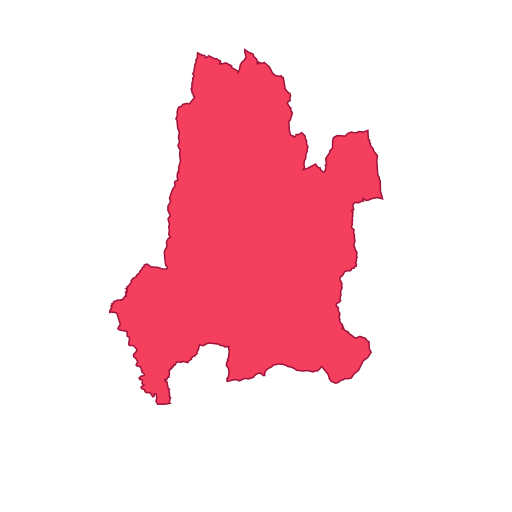 outline of Rulindo, Northern, Rwanda, rotated 28°
{"feature_id": "39286606B38837433870904", "entity_name": "Rulindo", "entity_type": "district", "adm_level": 2, "iso_a3": "RWA", "parent_name": "Rwanda", "parent_adm1": "Northern", "projection": "mercator", "projection_center": [30.0, -1.752], "detail": "fine", "context": "isolated", "style": "filled", "palette": "rose", "viewbox_px": 512, "rotation_deg": 28, "n_neighbors": 0, "source": "geoboundaries", "source_scale": "gbopen_adm2", "svg_char_len": 6135}
<svg xmlns="http://www.w3.org/2000/svg" viewBox="0 0 512 512"><g transform="rotate(28 256 256)"><path d="M245.9,382.1L245.6,380.9L247.4,377.3L246.8,376.8L248.1,373.3L248.8,373.2L249.8,369.6L248.9,368.6L249.1,365.9L247.8,361.0L251.5,360.0L254.1,356.0L256.2,354.5L264.5,351.3L266.2,351.8L268.6,350.8L271.7,350.8L274.2,348.5L274.8,348.7L274.8,350.1L277.3,352.9L278.6,356.8L279.2,357.2L279.5,360.4L280.2,361.0L279.7,361.3L280.4,362.5L280.1,363.6L281.1,366.5L284.4,368.2L286.9,371.4L288.3,375.7L287.9,378.1L289.5,380.3L295.1,375.2L298.4,374.0L299.8,374.2L303.6,369.3L307.2,368.0L310.5,364.5L311.4,360.7L313.8,357.9L315.5,357.4L318.7,358.1L319.8,357.4L318.8,355.7L318.4,353.0L319.3,350.1L322.0,346.2L322.5,344.3L326.8,340.6L330.4,339.1L333.8,338.4L335.8,338.7L339.3,337.6L343.9,337.3L345.2,337.9L351.3,335.6L355.4,332.9L361.0,331.5L361.8,329.9L363.8,329.0L365.3,326.0L365.5,323.5L366.3,322.9L375.3,326.7L378.5,330.0L381.3,331.4L386.1,330.9L388.0,329.1L388.9,326.7L391.5,323.8L391.8,322.6L394.9,321.2L397.4,318.9L398.0,313.9L400.2,308.7L399.9,298.1L402.3,293.3L402.9,287.0L399.5,284.6L396.0,278.6L393.6,278.6L391.3,277.3L385.5,278.2L382.3,281.9L373.2,280.5L373.2,279.8L368.8,279.9L367.2,278.6L366.7,279.2L366.6,278.5L365.9,279.2L365.6,277.2L364.4,275.9L362.7,275.7L360.0,273.8L360.0,272.8L357.4,270.2L357.9,269.6L356.9,267.3L353.7,265.3L353.5,263.6L352.2,262.6L350.6,262.5L349.7,261.4L349.6,259.9L351.1,258.0L351.7,255.8L349.9,253.7L349.1,249.8L348.3,249.4L347.3,247.4L346.9,243.5L345.1,241.8L345.4,241.0L344.2,239.5L340.7,237.0L340.4,235.6L341.6,232.2L341.6,228.0L344.1,225.7L345.5,225.4L346.6,223.9L346.4,222.0L348.2,220.8L348.5,218.7L349.2,218.2L348.6,216.0L346.8,215.3L347.0,213.0L346.2,212.3L345.8,209.6L344.5,208.2L343.3,205.3L340.0,203.4L338.7,201.5L337.5,201.3L336.3,196.2L334.0,193.3L333.4,191.6L331.1,189.4L330.2,186.7L327.9,186.4L326.8,185.7L326.0,182.5L324.8,180.8L324.7,179.4L323.4,177.9L323.0,176.0L321.2,172.8L321.2,171.8L319.1,171.0L320.6,169.4L317.8,166.0L317.5,164.7L318.2,162.3L321.5,160.9L323.9,157.8L325.1,157.1L323.8,156.3L323.6,154.7L326.6,155.4L328.7,154.2L331.1,151.2L335.8,147.4L340.9,146.1L335.4,140.2L330.2,131.0L328.8,130.4L328.1,129.0L325.5,127.3L318.2,115.6L316.0,110.3L311.0,108.3L309.2,106.4L305.0,104.5L304.3,102.9L302.6,102.4L302.3,100.7L300.3,100.0L295.8,92.5L292.7,96.1L288.0,98.0L287.4,99.6L284.9,101.1L282.0,101.8L279.3,105.0L278.6,108.2L271.1,111.5L268.9,115.0L269.4,117.8L272.7,124.4L272.6,126.6L271.7,128.2L272.5,130.0L271.8,137.3L275.1,141.8L274.6,143.6L276.3,144.7L277.1,149.7L276.3,150.3L272.9,149.7L271.1,148.1L270.7,148.6L268.9,148.6L265.4,146.9L260.3,154.4L257.3,157.5L257.1,154.7L255.6,153.1L254.0,149.2L254.1,146.5L252.4,143.2L252.1,139.5L250.8,137.0L250.8,135.4L248.0,133.2L246.4,130.3L244.7,129.4L243.0,127.0L238.5,125.6L236.9,128.5L234.4,130.0L234.7,131.4L234.0,133.1L232.4,132.5L229.7,133.1L226.7,129.7L221.8,121.8L222.5,120.3L221.0,112.7L218.1,110.8L217.1,108.8L216.4,109.1L211.9,106.4L212.1,104.0L213.3,102.8L211.8,100.9L211.3,98.3L209.6,96.5L207.6,96.6L203.4,94.8L196.2,85.6L195.4,86.5L195.2,86.5L193.7,85.0L191.9,86.6L187.7,87.6L184.4,86.5L179.3,82.9L172.4,81.2L171.0,83.1L167.6,83.6L168.2,84.7L166.8,85.7L165.9,83.5L164.1,81.9L160.9,81.1L158.5,79.1L153.4,79.6L149.2,79.0L150.2,81.1L153.8,84.8L153.7,89.0L152.8,90.7L152.3,94.2L154.1,100.0L154.0,102.3L153.2,101.3L145.9,101.1L145.5,99.7L143.2,99.4L141.6,100.0L140.5,99.3L138.0,100.1L136.2,102.0L134.8,102.5L134.3,103.5L133.4,102.8L133.8,101.7L132.8,100.2L131.6,100.8L128.6,100.3L126.9,101.3L120.4,101.3L118.9,104.5L116.3,103.0L113.9,104.3L113.1,103.7L111.8,104.2L109.2,103.9L109.1,104.4L111.2,108.8L110.9,111.4L111.9,112.2L112.3,115.9L114.8,123.1L114.4,124.7L117.0,126.1L116.6,128.7L117.2,129.8L118.1,130.1L118.0,132.6L120.8,138.6L120.4,139.1L121.6,139.5L121.6,140.4L123.3,142.1L124.1,141.9L125.5,144.1L126.5,143.7L127.3,144.6L125.9,152.5L125.0,153.5L123.7,153.4L120.2,156.5L119.7,159.0L118.1,160.5L117.9,162.5L118.8,166.0L120.6,168.9L120.9,172.5L122.6,173.4L127.0,180.1L130.1,182.5L131.9,187.9L134.9,191.1L135.2,195.0L137.2,196.9L139.2,197.7L140.8,202.1L144.7,207.6L146.2,214.4L147.4,216.0L147.7,217.9L148.5,218.1L147.7,219.1L148.2,220.9L149.7,223.9L151.5,225.5L149.6,227.8L149.4,229.0L151.7,232.3L151.0,235.8L151.7,240.9L152.5,245.6L155.1,248.2L154.8,253.1L156.6,256.8L161.7,260.9L160.8,263.2L161.1,264.8L164.7,268.5L165.2,271.4L167.3,273.7L168.9,278.1L171.4,279.4L170.3,281.9L170.3,284.6L170.6,286.3L172.1,287.9L173.1,290.7L172.7,293.4L173.4,296.0L179.2,304.8L180.8,306.7L183.1,307.5L183.8,308.9L180.2,311.2L174.1,312.3L168.5,314.9L164.0,314.2L162.7,314.9L161.5,316.7L162.2,318.3L161.1,319.5L161.5,322.1L160.7,323.2L160.9,325.9L159.6,329.0L160.0,330.6L157.8,333.7L157.4,336.4L158.2,337.9L157.5,342.3L156.6,343.6L157.6,344.4L156.6,345.7L157.7,345.6L157.8,347.0L158.4,347.1L158.1,348.2L158.7,347.7L159.2,349.3L159.3,350.1L158.7,350.1L159.6,351.7L159.3,352.4L160.1,352.9L159.1,353.8L158.7,355.8L159.1,356.6L157.4,357.9L157.6,358.5L154.3,359.9L153.1,362.0L151.9,362.7L152.1,364.4L151.2,365.7L151.9,366.1L151.4,368.0L152.2,367.8L152.9,369.6L152.5,370.1L153.1,371.3L152.5,372.6L153.4,374.5L154.4,373.5L159.2,371.7L160.5,372.4L167.8,379.5L168.4,380.9L167.9,383.2L168.3,385.2L170.4,385.3L177.6,383.2L180.0,387.3L182.7,387.3L185.1,394.0L186.5,394.3L189.8,392.7L194.5,394.3L195.2,396.3L194.1,400.4L194.5,401.3L195.6,402.4L198.3,403.0L200.4,404.3L201.1,405.1L201.3,408.5L202.2,409.0L205.2,408.3L206.8,408.7L210.0,412.2L212.5,412.4L213.2,413.2L213.0,414.2L210.8,416.3L210.0,418.6L211.3,419.6L213.1,418.8L214.1,419.1L215.3,422.2L217.7,422.6L216.1,425.5L216.9,426.7L220.2,426.4L221.8,427.9L223.4,428.1L226.7,426.4L230.9,428.8L231.8,428.0L230.9,425.1L232.5,424.7L235.0,427.8L235.9,431.2L238.7,433.0L245.3,429.5L249.3,426.4L248.3,426.2L246.8,420.9L245.8,421.0L244.9,420.1L244.8,418.8L242.3,415.7L242.3,414.4L240.3,413.8L236.4,408.9L235.8,409.4L234.7,408.0L234.0,408.7L233.4,408.2L235.2,406.9L234.9,404.4L236.0,403.9L234.7,400.3L232.9,397.7L234.0,396.2L233.3,395.4L234.4,394.4L233.8,393.6L235.0,392.6L234.5,390.6L235.8,390.0L235.6,387.1L238.8,385.2L239.8,385.2L240.7,383.5L245.9,382.1Z" fill="#f43f5e" stroke="#9f1239" stroke-width="1.5"/></g></svg>